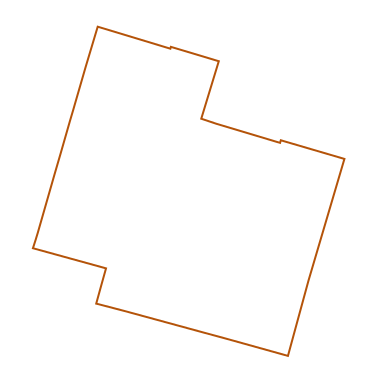 the district of Carbon, Wyoming, United States of America, rotated 106°
{"feature_id": "52423323B98729556539249", "entity_name": "Carbon", "entity_type": "district", "adm_level": 2, "iso_a3": "USA", "parent_name": "United States of America", "parent_adm1": "Wyoming", "projection": "orthographic", "projection_center": [-106.885, 41.717], "detail": "fine", "context": "isolated", "style": "outline", "palette": "amber", "viewbox_px": 384, "rotation_deg": 106, "n_neighbors": 0, "source": "geoboundaries", "source_scale": "gbopen_adm2", "svg_char_len": 564}
<svg xmlns="http://www.w3.org/2000/svg" viewBox="0 0 384 384"><g transform="rotate(106 192 192)"><path d="M289.9,329.4L289.1,253.6L305.6,253.5L325.7,253.3L325.0,224.5L323.9,140.7L323.6,120.9L323.1,54.6L322.7,54.6L245.1,55.6L118.2,54.6L118.0,87.6L117.8,120.9L120.5,120.9L119.7,187.4L119.0,203.3L58.9,202.3L58.9,203.4L58.3,252.3L60.2,252.3L59.1,328.2L101.4,328.7L138.7,328.8L145.8,328.8L156.9,328.9L191.7,328.9L212.3,329.0L270.7,329.0L272.8,329.0L273.1,329.0L274.0,329.0L279.7,329.1L280.4,329.1L289.9,329.4Z" fill="none" stroke="#b45309" stroke-width="2"/></g></svg>